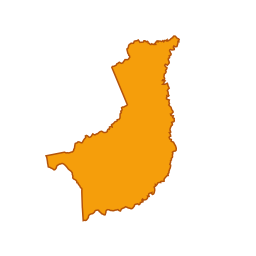 outline of Rochedo, Mato Grosso do Sul, Brazil, rotated 150°
{"feature_id": "56859067B80674621579235", "entity_name": "Rochedo", "entity_type": "district", "adm_level": 2, "iso_a3": "BRA", "parent_name": "Brazil", "parent_adm1": "Mato Grosso do Sul", "projection": "robinson", "projection_center": [-54.738, -19.978], "detail": "fine", "context": "isolated", "style": "filled", "palette": "amber", "viewbox_px": 256, "rotation_deg": 150, "n_neighbors": 0, "source": "geoboundaries", "source_scale": "gbopen_adm2", "svg_char_len": 5710}
<svg xmlns="http://www.w3.org/2000/svg" viewBox="0 0 256 256"><g transform="rotate(150 128 128)"><path d="M124.5,64.3L123.3,63.9L122.8,65.0L121.9,65.9L119.4,66.8L117.8,67.2L116.9,66.8L116.4,68.3L115.0,68.8L114.4,69.8L113.6,70.5L112.6,71.5L111.5,72.2L110.4,73.4L109.6,74.5L110.0,75.6L108.9,76.5L108.0,77.3L107.5,78.4L106.4,78.6L105.6,80.1L104.3,80.3L103.6,81.2L103.0,82.6L102.2,83.1L101.8,83.8L101.7,84.8L99.7,84.9L98.5,84.4L97.4,84.7L96.9,85.5L96.3,86.4L96.1,87.5L95.8,88.5L95.8,89.4L95.8,90.9L95.7,93.0L96.6,94.1L97.2,95.1L96.2,96.4L97.3,97.5L97.1,99.4L96.1,99.8L95.2,99.5L94.7,100.5L94.5,101.7L94.5,103.4L93.2,103.0L92.8,103.8L92.7,105.3L91.8,106.4L90.5,107.5L89.8,107.9L89.1,108.5L88.1,108.4L87.6,109.1L87.4,111.0L86.4,110.9L85.4,110.5L84.4,110.9L83.9,112.1L83.2,113.2L84.1,114.6L82.7,115.9L83.9,116.5L84.5,117.7L84.2,118.8L83.2,118.3L82.3,118.9L81.1,119.1L80.7,120.0L80.8,120.9L81.0,122.1L80.6,123.5L80.4,124.5L80.8,125.7L81.2,127.6L79.9,128.3L79.8,129.2L79.4,130.4L78.2,131.6L79.3,132.8L80.1,133.9L79.5,135.0L78.7,135.5L78.3,136.4L77.8,135.5L77.0,135.3L76.3,135.6L76.4,136.8L75.9,137.9L75.3,139.1L75.3,140.7L73.7,141.6L72.5,141.8L72.3,143.0L72.2,144.8L71.7,146.1L71.6,147.1L72.5,147.2L73.4,147.2L74.8,147.7L76.0,148.5L75.0,148.7L73.8,149.7L72.4,150.3L73.3,151.1L74.5,151.9L73.7,152.4L72.5,151.8L71.8,152.1L71.4,152.9L71.4,154.3L70.5,155.4L69.7,156.5L67.9,156.9L66.9,157.6L66.6,159.2L65.1,159.7L64.1,160.6L64.8,162.2L64.9,163.9L63.8,164.5L63.1,163.9L62.6,162.7L61.7,163.0L60.6,163.4L59.7,163.8L59.2,165.2L59.1,166.5L58.7,167.5L58.0,168.2L57.1,168.0L56.4,168.7L56.1,170.0L54.6,169.7L53.6,170.5L53.7,171.7L53.4,172.9L53.5,174.0L52.7,174.8L51.7,174.7L51.1,173.7L50.1,173.2L48.7,172.8L48.2,173.7L48.5,174.8L48.0,175.7L47.2,176.1L46.8,175.0L45.9,174.4L44.9,174.1L44.3,174.7L43.6,175.3L43.0,175.9L42.1,176.9L41.5,178.0L40.8,177.3L40.3,178.4L39.5,178.9L39.6,179.9L40.5,180.9L40.9,182.6L41.1,183.8L42.2,184.7L43.3,184.5L44.1,183.8L45.2,184.0L46.4,183.8L47.1,183.5L48.0,183.4L48.8,183.6L49.7,183.4L50.7,183.8L50.0,184.9L51.4,184.8L52.5,185.5L53.9,184.8L54.1,186.2L54.9,186.0L55.7,186.1L56.8,187.3L57.7,187.7L58.4,188.4L59.0,187.7L59.5,188.8L60.2,188.4L61.4,188.4L61.9,187.5L62.8,187.6L62.5,186.7L63.7,187.3L64.8,188.1L65.3,189.1L66.4,188.8L67.0,189.4L67.2,190.6L68.0,191.5L67.6,192.7L68.0,193.5L69.1,193.5L69.7,195.1L70.6,195.6L71.4,194.8L72.2,194.9L73.4,195.5L74.9,196.2L75.0,197.9L75.1,199.1L76.4,199.1L77.2,199.3L78.2,199.8L79.2,200.0L80.1,199.2L80.9,198.7L82.2,199.3L82.9,199.9L83.7,199.7L85.1,199.7L86.2,199.1L87.0,198.1L87.7,197.5L88.4,197.0L89.4,197.0L89.8,196.1L90.2,194.7L90.5,193.7L90.8,192.5L90.6,191.6L91.0,190.6L90.6,189.7L91.1,188.4L92.2,187.9L93.2,187.4L94.2,187.4L95.2,188.0L96.4,188.7L97.3,188.2L98.1,187.9L98.9,187.6L99.9,187.0L101.2,187.2L102.1,188.1L102.5,189.2L103.4,189.3L104.3,189.0L105.5,189.2L106.8,188.3L108.3,188.4L109.1,188.4L109.9,188.7L110.7,189.1L111.7,188.6L114.3,168.6L116.9,148.5L117.9,148.2L119.0,148.2L119.8,148.3L121.2,148.3L122.3,148.9L123.4,148.8L124.0,146.8L124.9,146.1L125.8,146.2L126.2,144.6L127.4,144.4L128.2,143.5L129.0,142.1L129.9,140.7L131.5,139.9L133.2,140.6L133.7,139.7L135.0,139.5L135.8,139.9L136.7,139.8L137.6,139.4L138.8,139.1L139.8,139.2L140.7,139.0L140.9,137.8L141.2,136.9L141.8,137.7L142.8,138.1L143.6,138.1L144.1,136.9L144.9,136.3L145.5,136.9L146.4,136.6L147.2,136.1L147.7,135.3L149.1,135.2L150.4,135.7L151.4,136.4L151.9,137.5L152.5,138.4L153.9,138.8L155.7,138.6L157.2,138.2L158.4,138.7L159.2,138.5L160.1,138.6L160.9,139.4L161.4,140.5L162.9,139.8L164.2,139.1L165.3,139.0L166.3,139.3L166.6,140.1L167.0,141.4L167.8,142.4L168.9,142.4L169.2,141.1L170.0,140.7L171.5,140.2L172.9,139.5L174.1,138.7L175.4,138.2L176.2,138.9L176.9,139.9L177.5,140.6L178.5,141.0L179.5,140.6L180.3,140.8L181.4,141.0L182.4,139.9L183.3,138.8L184.0,137.9L184.6,137.1L185.6,136.7L186.4,135.6L188.0,135.1L189.2,135.5L190.6,135.7L192.1,136.2L193.0,137.0L194.0,137.3L195.1,138.8L212.9,144.9L213.1,143.0L214.0,140.6L214.7,138.8L215.2,137.8L215.6,136.4L216.5,134.2L215.8,133.4L215.1,132.7L214.7,131.7L214.1,131.1L213.5,130.0L213.0,128.7L211.9,128.5L210.2,129.2L208.9,130.5L208.0,130.9L207.1,130.9L206.0,131.0L205.2,130.9L204.3,130.5L203.5,130.5L202.7,130.2L201.8,129.2L201.3,128.0L200.9,126.7L200.4,124.2L200.3,123.2L200.2,122.2L199.9,121.4L199.4,120.2L198.9,119.0L198.7,117.0L199.5,115.6L199.6,114.6L199.9,113.7L200.5,112.9L200.8,112.0L200.4,110.8L199.6,109.7L199.1,108.4L199.1,107.3L199.6,106.2L198.8,105.2L199.1,104.0L198.9,103.1L198.7,101.7L198.9,100.1L198.3,98.9L198.6,97.9L199.1,97.2L200.3,95.1L207.3,82.0L207.7,81.1L213.1,70.2L212.1,70.0L211.1,69.2L210.1,69.0L208.0,69.8L207.0,70.4L206.2,71.5L205.4,72.0L203.8,72.2L202.5,71.9L201.4,71.5L200.2,71.7L199.2,71.9L198.4,72.5L197.4,72.8L196.1,72.4L195.0,71.9L194.5,71.2L194.7,70.1L194.0,68.7L193.7,67.0L192.8,65.9L192.0,64.6L191.1,64.3L190.4,65.1L189.4,65.9L188.7,67.0L187.9,67.5L186.6,67.5L185.2,66.6L184.6,65.5L183.4,64.7L182.7,64.1L181.7,63.5L180.3,63.3L178.6,62.6L177.5,62.4L177.2,61.4L176.8,60.6L176.0,59.9L175.2,60.5L174.3,61.1L173.1,61.1L172.0,61.0L170.6,60.8L169.6,61.1L168.6,60.0L167.8,58.7L167.1,58.1L166.5,57.6L165.9,56.7L165.0,56.2L163.5,56.4L162.4,56.9L161.5,57.3L160.8,58.1L159.8,58.2L158.5,57.8L157.5,57.5L157.1,56.3L156.3,56.0L155.4,56.4L154.5,57.3L153.8,56.9L152.9,56.9L152.0,56.6L151.5,57.3L152.2,58.0L151.7,58.9L150.9,59.2L150.4,57.9L149.3,57.3L148.1,57.0L146.6,57.3L145.4,58.2L145.1,59.3L143.9,58.3L143.6,59.6L143.0,60.6L142.2,60.7L140.6,60.4L139.6,60.2L140.4,59.4L140.0,58.2L138.9,58.1L137.7,58.8L136.8,59.8L135.9,60.8L135.2,62.3L134.9,63.8L133.5,63.9L132.7,65.1L132.6,64.1L131.6,64.4L130.7,64.8L129.8,65.5L128.1,65.2L126.9,64.4L126.4,65.2L125.4,65.0L124.5,64.3Z" fill="#f59e0b" stroke="#b45309" stroke-width="1.5"/></g></svg>